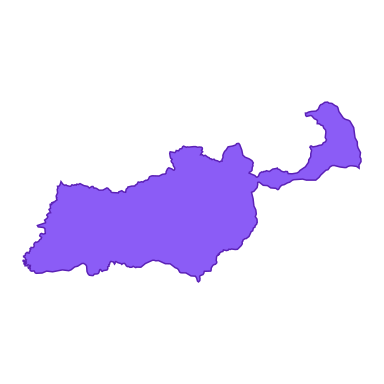 Condoto, Chocó, Colombia (Mercator projection)
{"feature_id": "7082276B80062952170187", "entity_name": "Condoto", "entity_type": "district", "adm_level": 2, "iso_a3": "COL", "parent_name": "Colombia", "parent_adm1": "Chocó", "projection": "mercator", "projection_center": [-76.519, 5.096], "detail": "fine", "context": "isolated", "style": "filled", "palette": "violet", "viewbox_px": 384, "rotation_deg": 0, "n_neighbors": 0, "source": "geoboundaries", "source_scale": "gbopen_adm2", "svg_char_len": 5985}
<svg xmlns="http://www.w3.org/2000/svg" viewBox="0 0 384 384"><path d="M241.2,245.6L242.3,243.8L242.1,242.1L242.9,241.0L242.9,240.2L244.8,238.7L246.2,238.6L249.0,236.5L251.2,231.6L252.7,230.8L253.4,228.0L255.0,227.1L255.1,225.8L256.8,223.9L256.8,222.9L257.2,222.5L257.0,219.1L255.3,216.7L256.3,214.0L255.8,209.9L253.9,206.0L253.1,198.8L251.5,192.3L253.9,191.3L257.1,187.6L257.7,184.7L257.7,182.5L258.1,182.2L259.3,182.2L263.2,185.3L267.5,185.6L270.7,187.9L275.8,188.3L277.6,189.6L278.5,189.4L280.4,186.4L282.0,185.1L284.1,184.7L287.6,182.8L289.7,182.2L292.2,180.3L293.8,179.7L302.6,179.1L306.3,180.1L315.8,180.1L319.1,177.3L320.7,175.1L325.9,170.2L328.0,169.7L330.1,166.8L332.2,165.6L334.3,165.5L340.1,167.0L344.7,167.6L346.1,167.6L348.0,166.4L350.1,165.8L352.2,165.8L356.5,166.4L359.1,168.2L359.0,165.0L361.0,161.7L360.9,158.7L359.9,156.9L360.5,152.6L358.0,147.8L357.4,145.6L357.3,141.9L355.0,137.7L353.7,127.6L349.9,121.1L348.6,120.3L345.3,119.3L343.3,118.0L338.9,111.6L337.9,107.7L337.1,106.5L335.0,105.6L331.9,103.4L328.9,103.1L327.7,102.1L324.8,102.3L322.2,104.2L320.8,104.6L319.8,105.7L318.2,109.3L315.9,111.1L311.4,111.4L308.4,112.1L306.9,113.0L305.4,113.1L305.7,115.6L306.6,116.4L310.6,115.5L311.6,115.7L314.4,118.8L316.1,119.5L317.4,120.5L317.2,123.7L319.4,123.8L321.0,125.2L322.9,125.7L323.7,128.0L325.5,129.9L325.9,132.1L325.2,137.6L326.5,139.8L325.5,141.8L323.3,142.8L322.5,144.3L321.6,145.0L319.2,145.3L316.7,146.2L312.9,146.9L311.1,145.9L310.4,146.2L309.9,147.3L310.5,147.7L310.6,148.8L311.5,149.9L311.5,150.8L310.8,153.7L310.7,156.9L308.8,159.7L308.5,162.3L305.4,166.8L299.9,170.5L298.7,172.0L296.9,173.0L292.0,173.8L288.2,173.6L287.4,171.6L285.5,171.4L284.1,172.0L281.4,171.2L279.5,169.5L278.1,169.2L277.2,168.0L276.7,168.4L272.7,169.1L269.3,171.5L266.4,170.7L265.1,171.5L264.0,171.4L262.9,172.1L261.7,171.9L259.7,173.2L258.3,176.3L257.3,177.1L256.4,177.1L254.8,175.5L249.1,173.1L249.4,172.2L250.8,171.6L252.0,170.4L252.3,167.2L253.0,165.8L252.7,164.3L253.3,162.9L251.9,160.6L249.1,158.8L245.1,157.2L242.8,155.1L241.8,150.1L239.7,144.6L238.7,143.4L238.0,143.4L236.6,143.7L235.7,144.9L235.0,145.2L232.3,146.1L228.1,146.8L226.2,149.8L224.6,151.4L223.6,153.4L222.9,155.3L223.0,157.5L222.0,159.6L222.0,161.1L220.9,161.1L219.5,161.9L217.5,160.8L215.1,160.3L214.1,159.2L211.9,159.6L211.5,159.0L209.6,158.5L209.1,157.6L207.8,157.2L205.3,155.3L203.5,155.8L202.3,154.7L200.6,154.7L201.9,152.4L202.7,151.8L201.5,150.3L202.3,149.4L202.4,148.7L202.2,147.8L201.4,147.2L199.1,147.0L197.9,147.3L195.6,146.6L193.6,146.6L188.9,147.1L187.1,146.9L186.4,147.3L183.6,146.1L182.6,146.8L181.8,148.6L179.9,148.9L178.6,150.8L176.2,150.5L175.9,151.5L174.9,152.6L170.2,151.8L169.7,153.3L170.2,156.6L170.6,158.1L172.1,159.3L171.2,160.6L171.2,161.3L171.6,162.2L173.0,163.7L173.3,165.7L174.7,167.9L174.7,169.3L174.2,170.1L173.5,170.2L171.8,168.9L168.8,167.8L167.6,168.7L166.2,171.5L166.0,173.3L165.4,173.9L162.4,174.3L159.1,176.0L152.1,175.8L150.5,176.3L149.5,176.8L148.3,179.4L146.9,180.3L145.8,180.2L144.1,181.1L143.0,182.1L141.8,181.7L139.4,182.3L138.2,182.0L137.0,184.1L135.4,185.1L134.8,186.0L131.7,186.1L127.9,187.0L127.5,188.1L126.2,189.2L125.6,192.3L123.6,192.0L121.8,190.7L118.7,191.9L118.4,192.9L111.9,192.5L110.8,191.7L110.7,190.7L109.6,190.2L108.1,188.4L106.9,187.9L102.9,190.1L99.2,190.2L96.5,188.4L94.9,188.0L94.1,188.2L93.0,186.5L91.8,186.5L89.3,188.0L87.7,186.4L83.9,185.6L80.0,183.6L78.3,184.5L76.8,184.1L76.1,185.1L75.0,184.7L73.8,185.3L71.9,184.8L70.7,186.2L69.8,186.3L67.0,185.6L66.0,184.9L64.8,185.4L62.9,184.2L61.0,181.6L60.2,184.4L59.5,185.7L58.8,186.2L57.5,186.3L57.9,188.0L57.2,189.4L57.6,193.0L56.3,195.6L56.2,197.0L56.8,197.5L56.5,198.5L57.0,199.9L55.2,201.1L54.6,201.9L53.6,202.0L53.2,202.7L52.7,202.4L51.8,202.7L52.0,203.5L51.5,204.6L50.5,204.1L50.1,204.3L50.5,208.4L49.0,209.4L50.6,212.7L48.7,213.1L46.8,214.9L46.8,215.4L47.7,216.3L47.8,217.0L47.0,218.3L44.6,220.1L45.5,221.9L45.5,222.8L37.4,225.5L38.2,226.9L43.4,227.5L44.9,228.5L45.3,233.5L43.3,234.1L41.5,233.4L40.4,234.0L39.7,235.7L40.1,236.4L41.6,237.3L41.2,238.7L39.7,239.7L38.9,241.0L37.9,241.8L36.6,242.3L35.8,242.0L34.4,243.1L33.9,244.3L34.2,246.0L33.8,247.0L33.0,247.6L31.1,247.4L30.9,248.1L30.1,248.5L30.6,249.4L30.0,250.0L30.0,251.2L29.2,251.9L29.1,253.1L28.0,253.0L27.1,252.3L25.5,253.6L25.2,255.6L23.6,256.1L23.6,256.8L25.4,258.1L25.6,259.5L26.4,259.9L25.8,260.8L26.2,261.7L25.2,261.6L23.9,260.2L23.2,260.3L23.0,260.9L23.3,261.5L26.2,263.3L25.8,264.0L24.5,263.4L24.0,263.5L24.1,264.1L25.0,264.7L25.0,265.8L26.9,265.8L28.1,264.7L29.1,265.4L30.4,265.4L30.3,266.5L28.1,267.1L28.5,268.3L29.9,267.6L30.3,268.3L29.9,269.7L30.5,270.7L31.8,271.2L34.0,270.9L35.3,272.9L36.2,273.3L42.2,273.0L46.6,271.1L52.6,271.8L62.4,269.9L68.8,270.7L71.1,269.8L74.7,266.9L77.7,266.2L81.9,263.5L83.7,263.4L85.6,264.6L86.6,266.1L87.0,271.5L88.0,273.8L89.3,275.2L92.2,275.6L93.2,275.5L94.3,274.1L97.1,273.9L98.3,273.4L98.9,272.6L99.6,270.0L100.1,269.5L100.7,269.6L101.5,271.0L102.3,271.4L103.4,270.6L107.0,270.0L107.8,268.8L107.7,266.8L109.1,266.1L108.8,264.6L109.5,264.3L110.0,262.3L110.9,261.4L113.4,262.0L114.5,264.1L115.1,263.3L115.1,262.1L115.9,261.5L117.7,262.6L121.1,263.6L121.8,264.4L122.8,263.5L124.6,263.4L125.8,264.8L126.1,265.6L127.3,266.6L128.5,266.5L129.9,267.3L131.9,267.2L133.1,266.3L135.8,267.6L136.6,267.1L140.9,267.2L145.4,263.5L152.4,260.3L154.0,260.2L155.7,260.8L158.5,260.6L165.3,263.7L170.2,263.8L175.2,267.7L177.3,268.5L178.4,269.6L179.7,272.1L180.9,272.8L185.9,272.9L191.0,275.9L195.4,276.2L196.6,278.0L197.5,281.1L198.5,281.9L199.8,280.6L200.0,278.4L199.6,276.7L200.1,275.7L202.9,274.6L203.7,273.5L204.3,271.3L210.6,271.1L211.0,270.8L211.3,267.9L212.5,265.9L213.4,264.9L215.5,264.2L216.7,262.9L216.8,262.0L216.2,260.5L216.6,256.6L217.5,255.3L218.3,255.2L218.4,254.2L219.1,254.3L219.0,253.8L219.6,253.6L219.6,252.8L221.4,251.8L222.9,251.5L223.4,249.9L226.4,250.6L228.1,250.2L228.9,249.2L230.1,249.5L231.6,249.0L235.2,249.5L237.5,249.3L241.2,245.6Z" fill="#8b5cf6" stroke="#5b21b6" stroke-width="1.5"/></svg>